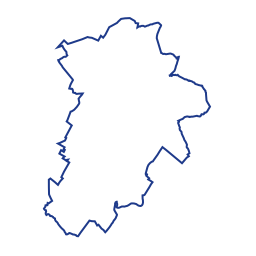 Yauhquemehcan, Tlaxcala, Mexico (Robinson projection), rotated 182°
{"feature_id": "50627088B44555224018793", "entity_name": "Yauhquemehcan", "entity_type": "district", "adm_level": 2, "iso_a3": "MEX", "parent_name": "Mexico", "parent_adm1": "Tlaxcala", "projection": "robinson", "projection_center": [-98.182, 19.403], "detail": "fine", "context": "isolated", "style": "outline", "palette": "blue", "viewbox_px": 256, "rotation_deg": 182, "n_neighbors": 0, "source": "geoboundaries", "source_scale": "gbopen_adm2", "svg_char_len": 5687}
<svg xmlns="http://www.w3.org/2000/svg" viewBox="0 0 256 256"><g transform="rotate(182 128 128)"><path d="M121.5,232.9L124.0,233.1L125.0,235.2L130.0,237.9L134.9,237.5L138.7,236.8L141.3,234.2L142.7,232.6L150.3,228.1L153.9,220.4L156.0,217.4L158.3,219.2L160.8,214.3L167.3,216.9L169.9,217.1L171.6,217.5L176.9,215.1L184.7,212.2L187.3,211.2L191.1,209.9L195.0,213.3L201.0,206.2L196.5,207.9L196.2,207.5L195.9,206.7L195.3,205.7L194.8,204.9L193.3,203.0L192.8,202.6L192.2,201.8L192.0,199.9L191.7,199.2L191.2,198.4L192.1,197.6L192.7,197.0L193.9,197.0L194.6,196.8L195.3,196.4L196.3,195.5L197.9,194.7L199.0,193.7L200.1,193.4L199.7,192.4L199.4,192.0L199.1,191.8L199.1,191.4L198.9,191.1L196.2,187.8L195.4,186.4L185.1,174.7L184.7,174.0L186.0,171.4L186.2,171.1L187.1,169.0L188.1,165.4L186.6,165.1L185.9,165.1L185.7,165.3L185.3,165.2L185.2,164.9L185.0,164.7L184.8,164.7L184.7,164.6L184.1,162.4L184.1,161.6L182.9,161.2L182.3,161.1L181.9,161.2L181.2,160.5L180.8,160.3L180.2,160.3L179.5,160.4L179.2,160.5L178.4,160.6L174.5,160.9L175.1,159.8L176.9,157.6L178.4,155.6L178.4,155.3L178.2,154.8L178.0,153.5L177.6,152.1L177.6,151.6L177.6,151.1L177.8,150.5L179.8,147.4L182.1,144.7L182.6,144.2L184.2,143.1L184.8,142.7L185.3,142.6L185.9,142.2L186.0,142.2L187.0,139.1L188.8,133.8L189.5,132.4L184.3,128.6L190.3,116.4L189.4,115.9L190.5,113.3L195.4,110.8L197.4,110.0L190.7,106.5L191.6,104.5L190.4,103.9L191.3,101.9L194.1,103.5L195.7,100.0L190.4,97.3L191.3,96.5L192.2,95.4L190.4,94.4L189.0,93.5L187.8,94.1L186.8,94.3L187.8,92.7L185.5,91.5L190.4,82.2L192.9,76.5L191.4,75.3L193.5,72.9L194.4,71.6L195.4,70.0L195.5,69.5L196.0,68.7L199.1,71.3L203.8,74.8L205.3,73.6L205.0,66.0L204.6,59.0L204.2,58.0L202.9,55.4L201.3,52.5L204.7,49.9L205.7,50.3L205.8,49.8L205.8,49.0L205.8,48.2L206.3,47.9L206.9,48.1L207.7,47.8L207.6,47.4L207.9,46.8L208.0,46.2L209.0,44.8L209.2,44.5L208.9,43.9L207.8,42.9L207.2,42.9L206.9,41.9L207.3,40.1L207.2,39.3L206.5,38.2L204.9,39.2L204.0,38.9L203.2,38.3L202.9,37.5L202.6,37.3L201.1,37.3L200.4,36.7L199.7,36.4L199.4,35.8L197.8,35.0L197.7,33.8L196.8,32.3L195.9,31.7L195.0,30.7L194.3,29.4L192.2,26.9L190.4,25.1L189.7,24.6L188.2,23.2L187.7,22.0L186.6,20.6L186.2,19.6L185.7,19.5L185.1,19.6L184.5,19.9L183.3,20.6L183.2,20.9L182.9,21.0L182.0,20.8L180.0,20.0L179.7,19.8L179.0,19.6L178.4,19.7L177.6,19.5L176.1,19.0L175.8,18.5L175.3,18.2L174.1,18.1L171.7,21.9L163.3,34.1L160.9,33.6L157.9,33.6L155.4,29.5L154.6,30.0L154.1,30.3L150.9,26.5L148.9,25.2L147.5,23.4L147.1,23.0L145.2,25.2L145.0,25.7L144.5,26.2L143.5,27.6L142.9,28.4L141.4,30.8L140.8,32.0L140.4,32.3L140.0,32.8L138.9,35.2L138.5,35.5L137.2,37.4L136.5,39.4L136.2,39.9L136.0,41.0L138.6,45.1L138.8,45.5L138.9,46.1L138.8,47.1L138.2,51.0L138.3,51.8L138.1,52.5L138.0,52.8L137.8,53.3L137.4,53.6L136.9,53.9L136.7,53.9L136.7,53.1L136.3,52.4L136.1,51.2L136.2,50.2L136.2,49.9L136.7,49.1L136.7,48.6L136.4,48.2L135.4,47.9L134.6,47.9L133.7,48.2L131.5,49.3L130.0,49.4L129.0,49.3L125.9,50.2L124.3,51.2L122.6,52.5L121.7,52.8L119.4,52.8L117.2,52.3L115.0,50.9L114.0,50.6L112.6,50.5L111.8,50.9L111.2,51.5L110.7,52.5L110.4,54.1L110.6,56.7L110.9,57.5L111.0,59.0L111.1,60.5L111.1,61.2L109.8,61.4L109.2,61.7L108.9,62.1L104.5,69.8L103.6,71.5L103.1,72.5L101.6,74.7L103.9,76.2L106.0,77.3L105.1,78.5L108.0,80.9L107.3,82.1L107.3,82.3L107.5,82.4L108.0,82.6L108.6,82.5L108.7,83.2L107.2,89.6L106.3,91.8L104.9,93.6L103.4,94.9L103.1,95.1L102.1,95.4L101.9,95.6L101.4,96.5L97.6,102.2L95.5,105.9L92.9,110.1L89.2,107.4L72.8,94.7L68.2,100.5L66.2,101.9L67.5,103.6L65.7,104.9L66.1,106.3L66.5,107.6L66.7,107.9L66.9,108.5L67.3,109.3L67.5,109.7L68.4,110.4L68.6,110.7L68.7,111.6L68.5,113.3L68.7,113.8L70.1,116.5L71.1,117.8L71.4,118.4L71.7,119.3L72.1,120.2L73.8,123.5L74.2,124.4L74.3,125.7L74.5,126.1L75.8,127.5L76.1,127.9L76.2,128.5L76.4,129.0L76.4,129.5L76.2,130.2L76.3,130.6L76.5,131.0L77.1,132.2L77.3,133.0L78.0,134.5L78.0,135.2L77.8,135.5L77.8,135.8L77.6,135.9L77.2,136.0L77.2,136.4L77.4,136.6L77.9,137.0L74.7,138.6L74.0,138.8L73.7,138.9L73.6,139.2L72.9,139.7L72.1,140.6L71.9,140.7L71.7,140.9L69.8,141.5L68.9,141.6L67.7,141.4L67.4,141.2L66.8,141.1L66.5,141.2L66.4,141.4L65.5,141.4L64.8,141.6L63.7,141.6L59.5,142.6L58.4,142.2L57.3,142.2L56.7,142.0L56.2,142.2L55.6,142.9L55.4,143.2L55.2,144.1L55.0,144.3L54.7,144.4L53.4,144.2L53.2,144.3L52.8,144.5L52.5,144.9L52.1,146.0L51.6,146.0L50.9,146.0L50.2,146.6L49.5,147.3L46.8,152.2L49.9,157.1L50.5,158.3L51.2,164.4L51.3,166.0L51.4,166.3L51.9,166.9L51.9,167.8L52.5,168.5L53.1,169.3L53.4,169.4L53.5,169.6L54.9,171.6L55.1,172.1L55.4,172.2L55.5,172.4L55.4,172.8L55.5,172.9L55.9,173.0L56.6,172.9L57.8,173.2L59.1,173.4L60.0,173.8L62.2,174.3L62.5,174.6L63.3,175.7L63.8,175.7L64.6,176.1L65.9,176.9L67.4,177.2L68.2,177.6L68.3,177.6L68.5,177.2L69.2,177.3L70.0,178.0L70.4,178.2L71.1,178.4L71.9,178.7L72.1,178.7L72.4,178.6L72.8,178.6L75.3,179.9L78.8,181.5L80.1,182.8L80.4,182.5L80.7,182.4L82.3,182.6L82.6,182.8L82.9,182.7L83.5,182.5L83.9,182.5L84.7,182.7L85.5,182.2L85.8,181.8L86.2,181.5L87.1,181.7L87.5,181.9L88.0,181.7L88.1,182.0L87.8,182.1L87.0,183.2L83.5,186.8L83.2,187.7L82.7,189.3L82.2,191.7L81.5,193.6L80.9,196.2L80.1,198.8L79.7,200.9L80.3,200.8L80.7,200.4L81.2,199.2L81.6,199.0L81.9,199.1L82.2,200.0L82.4,200.3L82.7,200.5L84.0,201.5L85.0,202.7L85.4,203.0L87.7,203.8L88.4,203.9L92.3,203.1L92.9,203.1L93.6,203.3L94.2,203.4L95.5,203.2L96.1,203.6L96.8,204.0L97.4,204.1L102.4,218.8L102.3,220.8L101.9,223.0L99.7,229.1L99.0,230.3L98.5,231.6L98.5,231.8L98.6,232.0L101.2,234.2L102.5,234.2L106.5,233.0L107.1,232.5L109.0,232.3L110.2,231.8L111.1,231.2L112.2,231.0L114.1,230.1L114.7,229.9L116.1,230.6L117.5,230.6L118.4,230.4L119.5,229.8L120.1,230.0L120.8,229.7L121.3,229.4L122.2,228.7L122.2,228.9L122.0,229.2L121.5,232.9Z" fill="none" stroke="#1e3a8a" stroke-width="2"/></g></svg>